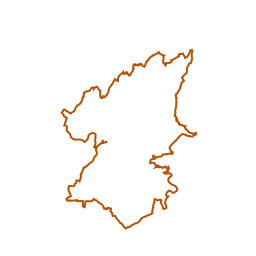 outline of Aiud, Alba, Romania, rotated 110°
{"feature_id": "2599482B674041573443", "entity_name": "Aiud", "entity_type": "district", "adm_level": 2, "iso_a3": "ROU", "parent_name": "Romania", "parent_adm1": "Alba", "projection": "natural_earth1", "projection_center": [23.671, 46.302], "detail": "fine", "context": "isolated", "style": "outline", "palette": "amber", "viewbox_px": 256, "rotation_deg": 110, "n_neighbors": 0, "source": "geoboundaries", "source_scale": "gbopen_adm2", "svg_char_len": 5803}
<svg xmlns="http://www.w3.org/2000/svg" viewBox="0 0 256 256"><g transform="rotate(110 128 128)"><path d="M147.3,188.7L146.9,187.8L147.2,186.4L148.1,185.6L150.0,185.3L151.5,184.5L153.5,180.5L156.3,178.3L157.1,175.9L157.1,174.1L155.5,169.8L155.0,167.6L155.9,163.8L152.3,162.1L148.5,162.5L146.7,161.7L145.1,160.1L144.5,158.0L144.8,156.6L146.1,155.9L151.1,154.6L153.3,153.3L155.1,153.1L157.6,153.2L157.7,152.2L156.5,151.9L157.1,151.1L156.0,150.7L154.0,149.6L151.6,148.1L151.3,147.8L151.4,147.4L151.1,147.1L149.6,147.5L147.6,147.2L149.6,147.4L151.1,147.1L148.8,144.1L148.6,144.1L148.7,143.7L151.4,147.4L151.6,148.0L153.9,149.5L157.2,151.1L157.3,150.8L158.4,150.9L159.9,150.4L161.5,148.9L162.7,148.5L164.0,148.4L165.0,148.7L165.9,149.4L171.1,149.8L175.4,152.5L178.2,153.9L178.1,154.1L178.5,154.4L180.7,155.6L180.5,156.0L184.4,156.2L187.0,156.0L187.3,156.0L187.3,156.4L188.2,156.3L189.1,156.2L189.4,155.7L190.7,155.4L194.7,155.3L194.4,157.3L195.0,158.5L197.4,158.0L199.0,159.0L200.2,158.7L200.9,158.8L201.6,159.8L202.1,162.4L202.8,163.6L204.2,163.2L204.3,163.4L206.2,163.0L210.8,159.0L211.7,158.4L212.7,159.5L213.1,160.3L214.1,160.7L215.3,161.7L215.6,161.7L216.2,160.8L216.8,160.7L216.3,158.9L216.6,158.8L215.9,156.8L215.7,156.8L214.7,153.9L213.2,151.4L214.1,151.0L212.1,145.3L217.0,143.6L217.3,142.6L217.3,141.6L211.5,142.8L210.3,140.4L210.3,139.6L209.2,137.1L208.9,136.8L206.5,136.0L207.0,135.4L206.7,133.5L208.4,128.8L208.8,126.2L211.1,123.4L211.9,123.0L211.4,119.7L210.0,120.0L209.5,116.5L210.7,116.1L212.0,116.3L212.9,114.7L213.3,113.5L214.2,113.3L215.9,112.4L215.0,110.0L216.7,108.0L219.4,103.5L220.1,102.4L219.9,101.5L220.4,100.4L221.5,99.2L223.3,95.8L221.2,94.3L220.6,92.9L220.0,92.3L218.2,91.3L216.8,89.8L215.0,88.4L214.7,87.5L214.3,87.1L211.3,85.1L209.2,84.8L207.9,84.2L202.5,78.6L200.9,76.7L199.7,75.9L198.2,76.8L196.8,76.8L194.7,77.4L193.7,77.1L193.1,77.6L189.9,78.1L188.5,77.6L187.1,78.5L185.8,78.6L185.4,77.1L185.9,76.0L185.8,75.1L184.5,73.6L184.5,71.8L186.2,71.8L187.1,71.5L189.1,69.1L191.8,67.3L191.8,66.1L189.8,64.6L187.9,65.6L185.7,67.8L184.8,67.6L182.3,68.0L180.6,67.7L179.9,67.1L178.5,66.7L178.6,68.7L177.5,69.5L175.3,69.4L172.9,68.1L172.7,66.1L173.5,64.2L173.3,62.9L170.0,60.5L168.5,60.9L167.0,62.4L166.3,64.2L166.0,67.6L165.0,70.9L162.9,72.5L161.1,72.7L158.1,70.8L157.1,71.0L156.3,73.5L158.0,76.7L158.2,77.9L157.8,79.0L156.3,77.5L155.1,75.6L153.9,76.7L152.6,75.5L151.0,76.5L151.4,76.6L151.2,77.0L152.4,78.2L151.2,79.4L151.3,79.7L153.9,81.9L153.4,82.4L153.1,83.5L154.2,85.4L153.5,85.8L155.5,88.6L154.4,88.2L153.7,86.9L153.1,87.0L153.2,87.7L153.5,88.3L153.4,89.6L152.2,90.8L152.0,91.9L152.5,93.7L153.4,94.8L153.3,95.4L150.4,95.8L149.4,95.1L147.8,92.3L146.2,93.1L146.9,93.8L147.3,93.9L145.8,95.0L145.2,94.3L146.1,92.9L146.0,90.8L145.1,90.6L144.8,90.2L143.6,87.2L143.0,86.8L141.1,86.4L140.1,84.1L139.9,84.0L139.6,82.7L139.1,82.7L138.6,81.2L137.6,79.9L137.6,78.1L137.2,77.7L136.3,77.4L135.5,77.5L135.4,79.5L135.2,79.9L134.1,80.4L133.2,81.8L131.6,82.3L127.2,80.7L123.5,78.8L120.3,77.4L119.3,77.3L116.0,75.5L114.8,74.5L114.9,73.8L114.6,71.5L115.2,71.2L114.5,65.8L113.7,64.3L112.2,63.4L110.6,61.8L109.4,62.3L111.0,64.7L111.2,68.8L110.9,70.0L109.7,71.5L109.4,72.4L109.6,72.8L108.8,74.0L107.5,75.0L106.7,74.8L107.2,77.1L106.7,77.6L106.9,78.3L106.9,80.2L107.2,80.5L106.8,80.7L106.9,81.4L106.5,81.9L105.8,81.7L105.3,82.8L104.9,84.4L104.2,84.1L103.2,84.6L103.7,84.9L103.8,85.6L102.7,85.6L100.8,87.0L100.6,87.8L100.7,88.2L98.7,88.4L97.3,88.7L96.5,89.3L91.2,90.2L88.3,91.1L87.1,91.1L85.9,92.0L84.9,92.4L83.4,92.5L83.5,92.8L83.3,93.0L81.4,94.3L79.9,94.0L79.8,94.4L78.4,93.6L72.3,92.4L71.4,92.9L67.5,93.2L66.5,92.4L65.7,92.5L65.3,92.4L64.5,91.6L62.2,94.5L58.3,93.0L56.8,91.8L54.2,92.0L52.0,93.0L51.0,93.0L46.8,92.6L46.4,92.4L45.8,91.2L44.2,91.2L40.4,91.5L39.1,92.6L36.4,93.5L33.2,93.9L32.7,94.7L33.8,96.1L34.6,95.9L37.4,96.0L40.6,96.6L42.7,98.2L41.5,99.3L40.2,100.9L39.3,101.6L41.0,105.2L41.9,105.1L42.5,104.6L43.4,104.7L43.3,105.2L43.5,105.5L44.4,105.8L46.8,107.8L47.4,107.9L49.5,110.6L50.8,109.6L52.1,110.5L54.2,114.5L55.4,114.0L56.4,114.1L55.9,114.9L54.9,115.7L54.8,116.0L55.1,116.6L54.5,117.3L52.9,118.0L50.6,118.3L49.2,119.0L47.4,118.8L47.7,119.8L47.6,121.7L47.2,122.9L47.3,123.7L46.2,125.0L48.3,126.3L48.3,126.7L49.8,127.7L51.0,129.1L51.5,129.2L51.5,129.7L52.7,130.3L53.3,130.9L54.2,131.1L54.7,131.7L55.6,131.8L56.4,132.4L57.5,132.3L57.8,132.7L58.9,132.9L59.5,133.4L60.1,133.1L61.6,133.4L63.3,133.3L64.8,133.6L64.7,135.6L63.9,136.4L63.2,137.7L63.3,137.9L64.6,138.4L64.4,139.0L65.2,139.3L64.9,139.9L65.8,140.3L65.7,140.7L65.4,140.6L65.3,141.0L65.8,141.8L66.0,141.6L66.8,143.1L65.9,143.5L66.5,144.3L69.0,144.1L69.7,143.8L70.2,142.9L71.6,143.3L72.7,143.0L74.5,143.6L77.1,144.0L78.0,144.4L78.3,145.0L77.3,145.8L77.1,146.3L77.5,147.3L77.0,147.5L77.0,147.8L76.5,148.3L76.1,148.1L76.0,148.5L77.0,149.5L78.6,150.2L78.5,151.0L77.2,151.7L78.5,152.1L80.2,153.4L81.9,154.1L84.5,154.4L85.9,154.1L87.2,153.5L87.3,154.5L86.5,157.0L92.3,157.9L95.1,158.7L95.9,159.2L98.2,159.3L100.4,158.8L101.6,158.8L104.8,159.3L106.0,160.2L106.1,160.5L105.9,160.6L106.7,160.4L107.0,160.6L106.6,161.3L106.9,161.7L106.7,162.1L107.4,162.1L107.5,162.4L108.8,162.6L108.9,162.9L108.2,163.3L108.2,163.7L108.6,164.3L106.5,165.2L105.8,165.8L103.6,166.6L102.5,166.6L102.2,168.1L101.5,168.8L99.8,171.2L100.2,171.6L100.5,172.3L101.0,172.4L101.8,173.2L102.9,173.5L101.7,174.0L101.8,174.7L102.6,175.5L102.7,176.0L104.4,176.2L106.4,177.3L107.1,178.1L107.9,179.7L109.8,181.4L111.3,180.9L111.5,181.0L113.7,180.7L113.8,180.4L114.3,180.6L114.3,180.9L115.0,181.1L116.6,180.6L117.3,180.8L118.8,180.7L121.2,181.1L123.9,182.9L124.2,183.5L125.0,183.5L126.9,184.1L130.5,184.2L133.3,186.7L134.0,186.8L132.4,194.4L136.3,195.5L137.6,193.0L139.2,191.7L139.3,189.7L139.5,189.8L139.8,189.0L147.3,188.7Z" fill="none" stroke="#b45309" stroke-width="2"/></g></svg>